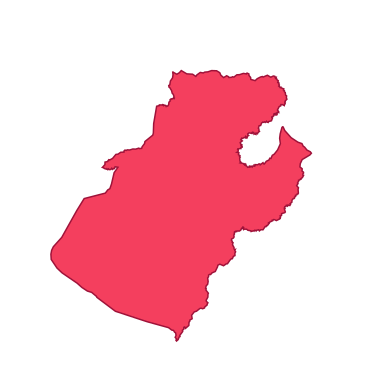 Kranuan, Khon Kaen, Thailand (Mercator projection), rotated 30°
{"feature_id": "78962969B2173089266466", "entity_name": "Kranuan", "entity_type": "district", "adm_level": 2, "iso_a3": "THA", "parent_name": "Thailand", "parent_adm1": "Khon Kaen", "projection": "mercator", "projection_center": [103.114, 16.767], "detail": "fine", "context": "isolated", "style": "filled", "palette": "rose", "viewbox_px": 384, "rotation_deg": 30, "n_neighbors": 0, "source": "geoboundaries", "source_scale": "gbopen_adm2", "svg_char_len": 6046}
<svg xmlns="http://www.w3.org/2000/svg" viewBox="0 0 384 384"><g transform="rotate(30 192 192)"><path d="M254.6,313.3L256.0,309.2L254.5,306.2L254.7,305.1L254.2,303.9L255.5,301.7L253.3,298.9L253.9,294.7L255.5,293.0L257.1,288.9L258.0,288.1L259.6,287.8L260.8,286.2L260.5,285.4L261.6,282.2L261.2,281.8L261.2,280.0L259.1,279.5L258.4,278.7L258.3,275.1L256.9,272.5L256.8,271.5L253.2,270.0L252.5,268.5L251.9,268.6L251.2,266.2L251.7,264.1L250.7,261.4L248.5,258.6L248.7,257.1L247.9,255.6L248.5,254.5L249.4,254.2L249.8,252.0L251.9,249.2L251.5,244.0L251.0,242.5L252.2,240.6L256.2,240.1L257.6,237.1L258.6,236.4L258.9,232.2L259.5,230.0L260.3,229.6L260.0,227.0L261.0,225.6L259.7,223.5L259.7,222.0L258.3,221.3L258.2,220.2L257.8,220.7L256.8,220.2L256.1,219.0L253.5,217.5L252.8,215.3L252.0,215.5L251.4,214.5L250.4,214.2L249.8,213.0L250.9,211.1L250.9,209.9L249.7,208.3L249.8,207.3L249.1,206.5L249.4,205.7L248.8,205.3L249.2,204.3L250.5,204.0L250.4,203.3L252.6,202.1L253.3,200.5L253.1,198.6L253.6,198.3L253.6,196.8L254.5,196.9L254.9,198.5L255.5,198.8L255.8,197.6L255.9,198.0L258.0,196.9L259.5,197.2L262.3,196.2L262.9,196.7L264.8,194.7L265.3,194.8L265.4,193.8L266.4,193.4L267.0,193.7L267.2,192.7L268.6,191.4L269.8,192.0L270.4,190.3L272.4,189.2L272.6,185.5L273.5,184.9L273.3,183.9L273.9,183.7L274.4,181.9L273.7,180.5L274.5,180.4L274.3,179.3L275.8,177.2L275.6,176.3L276.3,176.3L276.4,175.1L277.3,174.7L279.3,174.6L281.3,171.7L281.0,170.9L281.6,170.7L281.0,168.9L280.3,168.7L281.2,167.4L280.4,165.9L282.7,163.5L282.8,162.6L280.7,160.7L280.8,159.8L280.0,159.8L279.7,158.3L280.4,157.9L280.3,156.6L281.2,156.6L281.1,156.0L281.8,156.4L282.1,155.1L283.5,154.8L283.5,153.4L282.8,153.1L283.6,150.9L282.8,149.4L282.7,147.8L283.7,146.6L283.8,145.8L283.3,145.4L283.9,143.8L283.3,143.2L284.2,142.0L284.1,141.1L284.7,140.8L284.7,139.8L282.5,136.6L282.1,135.1L279.5,134.2L279.6,131.7L278.9,131.4L278.9,128.7L278.5,128.5L279.9,126.6L279.5,126.4L280.4,124.3L280.3,121.9L279.8,122.1L279.0,121.0L279.1,119.7L278.6,119.1L276.8,118.8L275.8,116.8L272.9,116.3L271.6,113.3L271.2,108.8L275.6,100.9L276.0,98.7L274.3,98.0L270.6,98.2L267.0,96.8L265.4,96.7L263.0,95.1L258.8,95.9L250.7,95.4L241.6,92.4L238.4,90.1L237.9,90.2L237.6,91.1L239.3,97.5L241.0,101.6L244.4,106.0L245.1,112.7L244.3,118.1L243.2,120.1L243.6,123.5L242.5,123.8L242.6,125.9L241.0,128.2L240.6,131.6L240.0,131.8L238.8,131.1L237.5,134.3L237.0,133.8L236.0,134.1L235.2,135.6L233.0,136.7L233.4,137.6L232.4,137.7L232.9,138.5L231.7,139.0L231.6,140.3L230.7,139.9L229.7,141.5L229.3,141.3L229.7,140.6L229.1,140.5L228.7,141.1L229.2,141.6L227.9,142.8L226.0,142.1L225.5,142.3L224.9,141.3L224.1,142.2L223.7,141.6L224.1,141.1L223.7,141.0L223.1,142.0L222.0,141.7L219.1,142.7L219.4,141.7L218.0,141.2L216.2,138.6L216.3,137.7L215.3,137.4L215.3,136.5L213.6,136.5L212.9,134.5L211.1,135.1L211.7,134.0L211.0,132.3L210.2,132.3L210.1,131.7L212.6,129.9L212.1,129.5L212.2,128.6L213.0,128.1L212.5,127.2L211.3,127.3L211.4,126.1L210.2,126.2L209.0,125.1L210.0,122.6L208.1,122.3L208.2,120.4L209.0,120.4L209.9,118.7L210.7,118.5L210.7,117.0L211.6,117.4L211.8,118.2L212.6,117.8L212.2,115.6L212.8,114.8L211.7,114.5L211.2,113.8L211.9,112.2L214.8,111.3L215.0,110.5L214.3,110.4L214.4,110.0L215.7,109.6L216.8,110.9L217.1,110.3L218.6,110.2L218.1,108.9L219.6,108.8L219.4,107.9L220.1,105.7L219.2,105.4L218.5,104.0L217.6,103.6L217.0,101.0L218.2,100.1L217.8,97.6L218.3,96.1L219.0,96.0L219.7,95.0L220.6,95.2L221.2,93.5L221.9,94.0L223.2,93.7L223.1,92.8L225.2,90.6L224.7,87.6L223.9,87.6L223.6,87.0L224.7,85.4L223.9,83.4L224.7,82.5L225.4,83.7L226.6,83.1L227.0,82.5L226.5,81.5L225.9,81.6L225.9,80.6L227.2,79.9L226.7,79.7L226.8,79.0L225.0,78.3L224.8,74.4L225.8,73.0L225.3,71.8L226.7,71.1L228.7,71.0L228.2,69.8L228.6,69.0L227.5,67.9L228.1,66.9L227.6,67.2L227.2,66.8L227.8,64.1L226.8,63.5L225.8,61.4L224.7,61.4L223.0,59.2L221.7,58.9L221.4,58.1L220.2,58.0L220.0,56.8L217.1,57.2L216.7,56.8L216.2,57.5L215.5,57.1L215.6,57.6L215.0,56.8L214.2,56.9L214.1,55.6L213.2,55.2L213.0,54.3L212.4,53.9L211.5,54.3L211.1,52.5L209.5,52.3L208.4,51.4L208.2,51.9L207.6,51.9L206.9,51.2L207.1,50.6L206.3,50.9L205.8,50.4L204.4,50.9L202.8,53.2L198.9,53.2L196.1,56.9L195.2,56.8L193.8,58.2L191.8,61.3L191.0,64.0L186.6,65.1L185.5,63.5L183.1,62.6L182.2,61.3L180.2,61.5L180.1,62.5L177.2,63.6L174.4,66.7L172.3,68.0L170.8,71.6L169.5,71.9L168.8,73.0L166.7,74.4L166.0,73.9L163.9,74.0L162.2,77.1L158.5,76.4L156.4,74.8L152.7,74.7L148.2,77.1L145.7,80.0L143.1,81.8L142.2,83.3L139.4,84.3L137.7,88.1L137.5,90.0L133.6,89.7L128.4,92.3L122.0,92.2L121.4,95.0L120.0,97.6L115.6,97.7L115.0,97.3L116.9,99.9L118.1,102.9L117.8,106.7L119.2,110.3L118.6,111.4L119.7,112.7L120.5,112.7L123.6,114.4L125.5,116.4L126.9,116.8L128.6,118.2L128.7,118.9L129.8,119.4L129.8,120.1L129.0,120.0L128.2,121.4L127.3,121.7L127.4,122.7L126.9,123.0L127.6,124.4L127.1,125.7L128.1,128.0L128.0,129.8L126.9,130.2L126.8,130.8L125.9,130.2L124.8,130.6L124.2,131.5L123.4,131.4L123.5,130.8L122.9,130.9L122.7,131.5L120.2,132.9L120.5,133.5L118.5,135.4L124.6,151.9L129.1,160.4L129.6,162.4L126.0,171.8L126.7,173.8L126.2,177.8L126.6,179.4L124.7,180.7L124.0,180.6L121.7,183.1L119.3,184.3L117.0,186.8L114.8,187.9L114.3,188.9L113.0,189.2L112.6,190.5L113.1,191.5L110.4,193.2L109.0,196.2L107.3,197.5L106.4,202.7L104.9,205.1L103.8,205.6L104.1,206.4L103.6,206.7L103.7,207.8L101.7,209.6L102.9,211.8L102.1,215.5L103.2,215.2L104.2,215.5L106.5,215.0L106.6,214.4L107.7,214.8L108.1,213.7L109.0,214.1L110.3,213.2L110.6,211.6L111.7,212.2L112.1,210.9L112.8,211.0L113.1,210.4L112.8,208.6L115.5,207.6L114.9,214.2L118.3,225.4L119.2,230.2L118.0,232.3L117.5,236.3L101.9,251.6L101.5,265.5L101.9,296.4L99.3,308.7L99.6,312.7L100.9,316.4L103.8,320.8L113.2,325.4L119.9,327.0L138.1,328.4L144.4,329.7L150.9,330.1L155.3,329.1L161.6,330.2L162.3,330.8L185.3,333.6L217.9,326.8L239.5,321.2L243.5,321.7L245.2,321.1L247.0,322.1L248.1,322.1L249.9,324.1L250.1,326.3L252.1,327.0L252.2,328.4L253.1,328.8L253.8,326.8L253.4,324.1L253.9,323.2L253.1,322.5L253.7,317.5L252.8,316.6L253.5,315.1L252.6,313.3L253.0,312.8L253.3,313.5L254.0,312.9L254.6,313.3Z" fill="#f43f5e" stroke="#9f1239" stroke-width="1.5"/></g></svg>